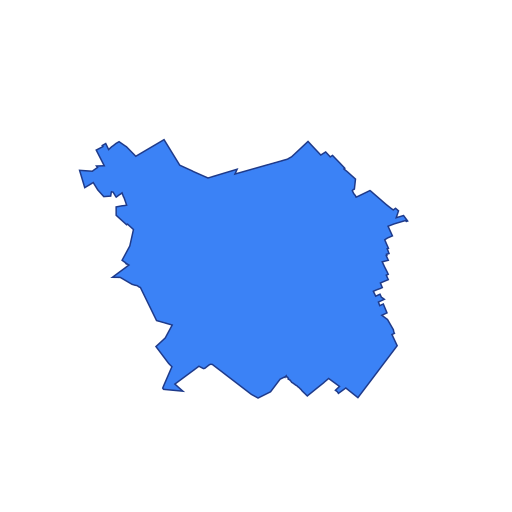 Ocampo, Tamaulipas, Mexico, rotated 329°
{"feature_id": "50627088B71121677277682", "entity_name": "Ocampo", "entity_type": "district", "adm_level": 2, "iso_a3": "MEX", "parent_name": "Mexico", "parent_adm1": "Tamaulipas", "projection": "albers", "projection_center": [-99.342, 22.844], "detail": "fine", "context": "isolated", "style": "filled", "palette": "blue", "viewbox_px": 512, "rotation_deg": 329, "n_neighbors": 0, "source": "geoboundaries", "source_scale": "gbopen_adm2", "svg_char_len": 3263}
<svg xmlns="http://www.w3.org/2000/svg" viewBox="0 0 512 512"><g transform="rotate(329 256 256)"><path d="M270.4,429.9L287.4,423.1L330.8,405.6L332.1,393.3L334.8,393.6L334.9,392.3L335.8,389.9L336.0,378.2L333.3,371.6L339.0,372.2L340.4,362.7L336.5,362.3L337.2,358.5L343.7,359.2L342.7,356.8L342.2,355.9L342.3,355.4L342.6,352.6L337.9,352.1L338.4,346.7L341.0,347.0L342.5,347.2L344.5,347.6L346.0,347.9L346.4,347.9L348.0,348.1L348.7,343.2L351.8,343.6L357.2,344.4L357.8,339.5L359.9,339.8L360.2,337.3L360.6,331.5L360.8,329.8L361.2,326.0L365.9,327.4L367.2,327.8L367.8,322.8L368.5,322.9L368.7,321.7L371.3,322.4L371.5,321.2L371.8,319.7L372.2,317.3L373.5,317.6L374.1,312.7L374.7,308.4L378.0,308.3L383.3,309.0L383.5,307.2L384.5,298.5L390.8,299.6L393.6,300.3L399.4,301.8L402.4,302.6L402.6,303.8L404.0,304.1L403.3,297.3L395.9,295.4L401.4,290.7L400.2,287.0L397.4,287.2L396.4,285.0L394.0,278.6L387.8,259.5L387.4,258.6L374.3,257.4L372.1,257.1L372.3,255.5L371.9,252.8L372.2,249.6L372.5,249.5L373.8,249.1L374.4,249.4L374.8,249.3L380.9,241.3L377.7,230.9L376.2,226.7L377.3,226.5L376.8,224.2L373.4,209.2L370.7,209.3L369.3,202.7L363.5,202.8L360.7,189.8L359.6,184.6L337.7,189.3L334.8,189.2L332.9,189.2L280.2,174.9L284.5,171.9L255.0,164.4L245.5,150.9L245.1,150.1L243.5,147.8L237.4,138.9L237.1,108.9L204.3,108.6L201.2,95.5L200.7,94.6L197.5,87.5L194.1,87.4L190.4,87.9L188.5,88.0L184.5,88.9L185.1,82.2L181.1,82.1L181.1,83.4L173.6,82.9L172.4,100.5L165.6,96.7L165.8,98.5L161.4,98.8L159.3,99.0L148.9,91.7L144.4,109.2L154.3,109.2L154.4,117.0L154.4,117.8L156.1,126.7L156.9,127.1L162.3,129.8L162.9,129.1L163.7,128.1L164.2,127.5L165.2,126.5L165.3,126.6L166.2,127.5L166.4,127.7L166.4,128.3L166.4,130.4L166.4,131.2L166.4,132.4L166.5,133.5L168.0,133.4L169.5,133.2L171.7,133.1L171.9,133.2L172.3,133.1L173.7,132.9L172.9,137.0L173.0,137.7L172.1,142.1L171.3,145.8L169.4,145.1L168.9,144.9L167.5,144.2L166.8,143.9L161.4,141.9L157.1,149.1L161.2,162.6L162.3,162.5L164.6,170.2L153.0,182.4L139.0,190.7L140.3,193.7L140.4,193.8L140.6,194.9L140.6,195.0L140.7,195.9L141.1,195.7L142.4,198.3L122.0,200.3L128.6,204.4L135.2,216.5L135.9,217.2L137.1,218.6L138.9,220.2L139.6,221.8L139.9,222.5L140.7,223.4L137.5,260.1L148.6,272.0L136.0,279.5L123.6,282.1L125.8,303.1L126.9,307.6L110.1,319.6L108.0,321.2L108.1,322.7L123.7,334.2L123.2,332.7L120.5,324.0L150.3,321.1L153.0,325.5L154.3,325.9L158.9,325.3L160.2,325.2L161.3,325.4L162.7,326.4L180.7,372.1L184.2,378.1L184.3,378.3L184.6,378.8L198.5,379.9L203.0,378.1L213.2,374.0L218.0,374.4L218.3,375.0L219.2,374.5L220.1,374.3L220.0,374.5L220.2,374.9L220.2,375.1L220.1,375.3L220.1,375.7L220.3,375.8L220.5,376.0L220.7,376.3L220.7,376.6L220.6,377.0L220.7,377.4L220.7,377.5L220.3,377.9L220.3,378.1L220.2,378.3L220.4,378.5L220.7,378.6L220.7,378.8L220.8,379.0L221.0,379.4L221.2,380.2L221.3,380.2L221.3,380.7L221.5,381.5L221.5,382.6L222.3,384.1L222.9,385.6L223.2,386.1L223.3,386.7L223.8,387.6L224.2,388.1L224.5,389.5L225.1,390.8L225.7,393.3L225.9,393.6L225.9,394.7L226.1,395.6L226.5,397.2L226.8,398.3L227.2,399.7L227.4,400.6L227.6,401.3L227.7,401.7L227.9,402.4L229.1,402.2L234.3,401.5L239.2,400.8L248.9,399.5L249.5,399.3L255.2,398.4L260.4,410.8L254.9,412.0L255.8,414.2L255.9,415.4L255.9,416.2L265.0,415.4L268.8,425.6L270.4,429.9Z" fill="#3b82f6" stroke="#1e3a8a" stroke-width="1.5"/></g></svg>